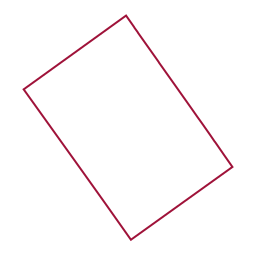 the district of LaGrange, Indiana, United States of America, rotated 55°
{"feature_id": "52423323B51679482550394", "entity_name": "LaGrange", "entity_type": "district", "adm_level": 2, "iso_a3": "USA", "parent_name": "United States of America", "parent_adm1": "Indiana", "projection": "albers", "projection_center": [-85.418, 41.642], "detail": "fine", "context": "isolated", "style": "outline", "palette": "rose", "viewbox_px": 256, "rotation_deg": 55, "n_neighbors": 0, "source": "geoboundaries", "source_scale": "gbopen_adm2", "svg_char_len": 478}
<svg xmlns="http://www.w3.org/2000/svg" viewBox="0 0 256 256"><g transform="rotate(55 128 128)"><path d="M221.2,189.7L219.8,64.8L205.4,64.8L189.6,64.7L189.3,64.7L189.0,64.8L181.7,64.7L179.2,64.7L175.3,64.7L171.3,64.7L166.3,64.7L158.5,64.8L146.9,64.8L127.6,64.9L125.6,64.9L92.3,65.1L91.4,65.0L55.7,65.2L55.4,65.1L49.7,65.2L48.7,65.1L45.6,65.1L39.7,65.1L38.4,65.1L34.8,65.1L36.5,191.3L129.2,190.3L175.3,189.9L221.2,189.7Z" fill="none" stroke="#9f1239" stroke-width="2"/></g></svg>